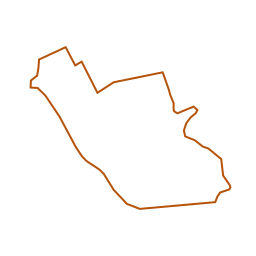 map outline of Neretas (Mercator projection), rotated 345°
{"feature_id": "LVA-5724", "entity_name": "Neretas", "entity_type": "Municipality", "adm_level": 1, "iso_a3": "LVA", "parent_name": "Latvia", "parent_adm1": "", "projection": "mercator", "projection_center": [25.191, 56.328], "detail": "fine", "context": "isolated", "style": "outline", "palette": "amber", "viewbox_px": 256, "rotation_deg": 345, "n_neighbors": 0, "source": "natural_earth", "source_scale": "10m", "svg_char_len": 724}
<svg xmlns="http://www.w3.org/2000/svg" viewBox="0 0 256 256"><g transform="rotate(345 128 128)"><path d="M193.1,222.2L118.5,209.2L107.3,201.0L98.2,184.1L92.7,166.1L89.6,160.7L79.3,149.1L76.2,143.4L72.7,133.0L64.7,98.9L56.6,75.3L51.0,65.9L44.4,63.7L46.5,57.0L53.7,53.9L57.0,46.9L59.8,38.8L88.7,33.8L93.2,53.9L100.4,51.9L107.6,86.1L126.0,80.1L175.9,83.2L177.3,100.5L177.4,107.0L178.5,116.1L177.3,119.9L176.7,123.1L177.6,124.6L179.5,126.6L196.9,124.3L199.7,128.5L197.4,131.1L190.9,134.2L185.4,138.6L181.3,145.0L181.1,150.9L189.5,157.3L195.4,165.3L200.3,168.6L210.0,182.1L207.6,198.6L211.5,209.6L211.6,211.8L210.1,213.5L200.2,214.2L196.4,217.6L193.3,222.0L193.1,222.2Z" fill="none" stroke="#b45309" stroke-width="2"/></g></svg>